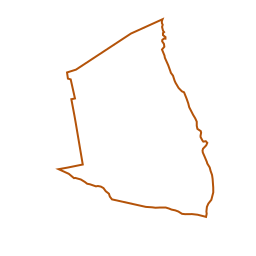 Gagaifomauga I, Samoa, rotated 80°
{"feature_id": "51752279B82418493782351", "entity_name": "Gagaifomauga I", "entity_type": "district", "adm_level": 2, "iso_a3": "WSM", "parent_name": "Samoa", "parent_adm1": "", "projection": "mercator", "projection_center": [-172.391, -13.461], "detail": "fine", "context": "isolated", "style": "outline", "palette": "amber", "viewbox_px": 256, "rotation_deg": 80, "n_neighbors": 0, "source": "geoboundaries", "source_scale": "gbopen_adm2", "svg_char_len": 1320}
<svg xmlns="http://www.w3.org/2000/svg" viewBox="0 0 256 256"><g transform="rotate(80 128 128)"><path d="M229.1,66.6L226.1,65.4L223.9,65.3L219.4,64.0L216.4,62.0L213.2,58.4L206.2,55.2L201.4,54.4L192.7,53.5L188.8,53.4L184.7,54.1L181.0,54.4L176.7,56.1L175.3,56.2L170.0,57.4L165.1,58.6L163.1,58.5L161.4,57.7L158.7,54.0L156.4,52.5L154.5,53.7L154.5,56.2L153.2,56.9L149.5,58.1L148.2,57.9L145.3,56.8L143.7,56.9L140.9,59.8L137.8,59.9L133.7,59.2L130.2,60.1L126.3,61.6L118.2,64.1L114.1,64.4L109.3,65.2L102.6,66.6L101.2,68.6L97.4,71.2L91.8,73.3L89.5,73.9L84.3,74.6L81.1,76.2L79.5,76.4L73.2,77.5L65.2,79.5L63.0,79.5L56.6,80.9L54.3,78.1L51.5,78.0L48.6,79.3L47.3,79.0L46.2,77.2L46.5,75.6L45.0,75.3L42.6,77.4L40.6,77.1L39.8,75.8L38.4,76.6L34.4,76.9L32.4,75.9L30.6,76.4L28.6,76.1L26.9,75.1L35.5,108.7L61.5,169.1L62.7,178.4L68.9,178.6L70.2,176.0L89.7,175.1L89.8,178.8L106.5,178.6L114.3,178.6L156.1,178.9L156.5,194.4L156.5,203.5L162.9,194.2L168.0,189.9L168.0,188.6L170.5,183.4L173.7,179.8L175.8,177.9L176.8,175.3L179.9,169.7L179.9,167.7L181.0,164.9L182.9,162.6L186.4,160.9L189.4,158.2L192.4,157.8L195.5,156.2L208.8,124.1L210.3,118.0L211.3,114.8L211.9,110.1L212.9,104.6L214.5,101.5L215.9,99.3L217.3,95.8L219.0,92.9L221.9,89.7L222.8,86.6L223.9,79.9L225.5,74.5L228.1,68.7L229.1,66.6Z" fill="none" stroke="#b45309" stroke-width="2"/></g></svg>